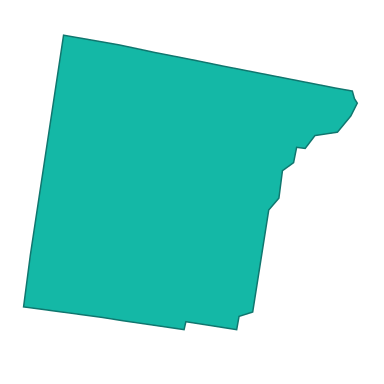 Decatur, Georgia, United States of America (Albers equal-area conic projection), rotated 188°
{"feature_id": "52423323B73642037306772", "entity_name": "Decatur", "entity_type": "district", "adm_level": 2, "iso_a3": "USA", "parent_name": "United States of America", "parent_adm1": "Georgia", "projection": "albers", "projection_center": [-84.677, 30.885], "detail": "fine", "context": "isolated", "style": "filled", "palette": "teal", "viewbox_px": 384, "rotation_deg": 188, "n_neighbors": 0, "source": "geoboundaries", "source_scale": "gbopen_adm2", "svg_char_len": 511}
<svg xmlns="http://www.w3.org/2000/svg" viewBox="0 0 384 384"><g transform="rotate(188 192 192)"><path d="M342.8,54.8L263.3,55.3L242.4,54.9L180.7,54.6L180.0,62.7L128.6,61.9L128.1,75.4L115.2,81.6L113.5,184.9L105.1,198.0L105.4,225.7L95.5,235.2L94.6,250.8L86.0,250.9L78.1,265.0L56.3,271.5L45.3,289.4L40.7,303.0L44.1,307.0L47.3,314.3L48.0,314.3L64.4,314.9L180.6,321.1L204.0,322.6L244.6,324.8L247.3,324.9L284.1,327.5L341.0,329.4L343.3,107.4L342.8,54.8Z" fill="#14b8a6" stroke="#0f766e" stroke-width="1.5"/></g></svg>